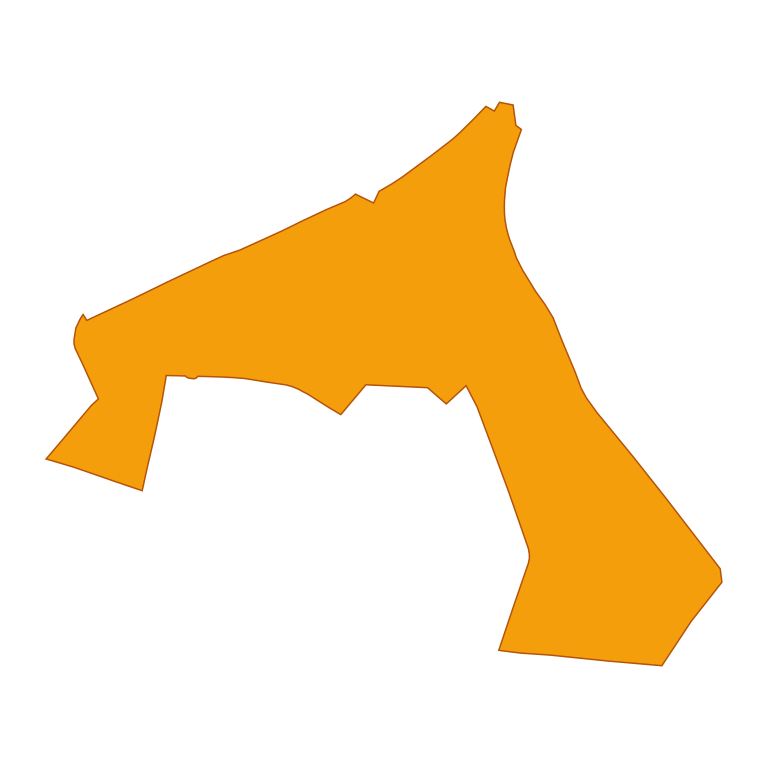 the district of Al Zahir, Al Qahirah, Egypt
{"feature_id": "37247803B28746183260819", "entity_name": "Al Zahir", "entity_type": "district", "adm_level": 2, "iso_a3": "EGY", "parent_name": "Egypt", "parent_adm1": "Al Qahirah", "projection": "robinson", "projection_center": [31.266, 30.063], "detail": "fine", "context": "isolated", "style": "filled", "palette": "amber", "viewbox_px": 768, "rotation_deg": 0, "n_neighbors": 0, "source": "geoboundaries", "source_scale": "gbopen_adm2", "svg_char_len": 2083}
<svg xmlns="http://www.w3.org/2000/svg" viewBox="0 0 768 768"><path d="M46.1,459.0L73.8,467.2L115.0,481.5L132.4,487.4L142.2,490.7L146.9,469.1L153.9,439.1L156.9,425.2L161.9,401.4L166.3,375.5L179.1,375.8L185.5,376.0L186.6,377.1L187.0,377.4L189.0,378.2L193.5,378.7L195.0,378.6L196.5,377.8L197.9,376.3L222.1,377.0L233.2,377.6L243.6,378.4L244.4,378.5L245.3,378.6L267.6,382.2L284.1,384.6L285.7,384.8L288.5,385.6L292.0,386.5L299.1,389.5L303.3,391.9L304.5,392.4L305.1,392.7L306.3,393.4L307.5,394.0L308.7,394.7L309.9,395.4L311.0,396.2L329.3,407.8L340.8,414.6L365.9,384.8L383.2,385.6L427.6,387.7L438.1,396.9L446.3,403.9L466.1,385.7L474.1,401.1L475.5,403.8L476.9,406.4L493.3,450.2L508.5,491.3L528.4,548.5L529.3,554.0L529.4,558.3L528.4,563.2L513.0,607.9L498.8,650.3L499.8,650.4L500.7,650.6L520.8,653.1L550.3,655.1L574.3,657.6L608.6,661.1L661.9,665.7L691.2,621.3L721.9,582.2L720.2,568.8L666.0,498.3L633.1,456.7L596.8,412.4L586.2,397.6L581.1,388.2L575.3,372.4L564.0,345.5L560.5,336.8L553.1,317.8L544.7,304.0L535.6,291.4L522.7,270.3L516.6,258.4L514.1,251.0L509.8,239.9L509.0,237.3L508.4,235.6L507.9,233.9L507.5,232.1L507.0,230.3L506.6,228.6L506.2,226.9L505.9,225.1L505.6,223.3L505.3,221.5L505.0,219.7L504.8,217.9L504.5,213.8L504.4,211.5L504.4,209.3L504.3,206.9L504.4,204.7L504.4,202.4L504.5,200.0L504.7,197.8L504.8,195.5L505.1,193.2L505.3,191.0L505.4,188.4L505.6,187.4L505.8,186.3L507.3,178.5L510.1,164.9L510.4,163.8L510.7,162.7L513.3,152.3L521.4,129.5L515.9,125.4L513.1,105.0L499.5,102.3L494.3,111.1L485.9,106.4L473.7,119.0L459.8,132.7L452.7,139.1L431.8,155.2L401.8,177.4L391.5,184.1L379.1,191.3L373.6,203.0L355.4,194.1L354.6,194.9L353.7,195.7L349.2,199.1L347.1,200.4L345.2,201.6L326.4,209.6L301.9,221.1L300.3,221.9L298.7,222.7L283.1,230.4L257.4,242.1L239.5,250.2L238.6,250.5L237.7,250.8L223.8,255.5L211.8,261.0L184.3,274.0L166.1,282.6L153.3,288.9L132.5,299.0L113.9,307.7L86.8,320.4L83.1,314.5L81.6,316.7L79.9,319.5L75.9,328.0L74.1,338.9L74.0,341.4L74.0,343.8L75.3,348.7L82.5,363.8L98.4,398.9L91.2,405.6L74.2,425.8L60.4,442.2L46.1,459.0Z" fill="#f59e0b" stroke="#b45309" stroke-width="1.5"/></svg>